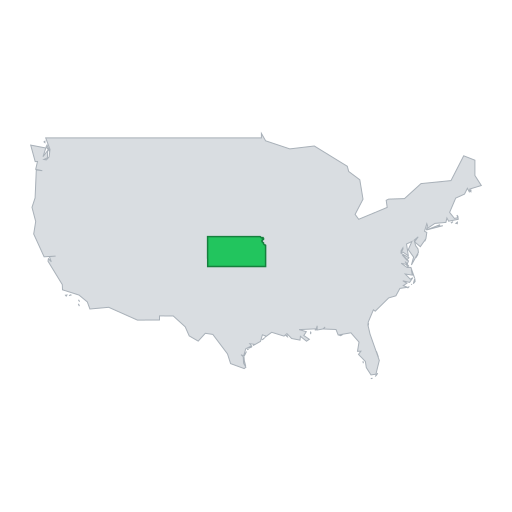 Kansas on a map of United States of America (Mercator projection)
{"feature_id": "USA-3530", "entity_name": "Kansas", "entity_type": "State", "adm_level": 1, "iso_a3": "USA", "parent_name": "United States of America", "parent_adm1": "", "projection": "mercator", "projection_center": [-97.125, 38.5], "detail": "fine", "context": "in_parent", "style": "filled", "palette": "green", "viewbox_px": 512, "rotation_deg": 0, "n_neighbors": 0, "source": "natural_earth", "source_scale": "10m", "svg_char_len": 5748}
<svg xmlns="http://www.w3.org/2000/svg" viewBox="0 0 512 512"><path d="M421.0,183.6L451.0,180.6L463.7,155.8L474.9,160.2L474.9,175.5L481.3,185.5L469.9,189.0L469.2,191.7L467.4,188.3L464.5,194.1L455.7,198.1L449.6,212.4L454.4,218.4L457.8,217.7L456.9,215.1L457.9,216.3L458.2,219.3L448.6,221.2L446.9,218.0L445.9,222.4L434.9,223.4L426.6,228.9L427.5,225.7L426.8,223.7L424.5,231.2L426.8,232.5L425.9,238.7L420.3,246.7L414.6,241.8L418.2,236.8L414.1,240.2L415.7,245.8L418.0,248.9L418.4,252.4L411.4,265.0L413.6,257.1L408.3,249.6L411.9,241.5L406.5,244.0L408.3,255.8L403.1,252.2L401.3,252.6L403.0,248.9L402.9,247.8L401.1,250.7L401.0,253.2L408.9,257.7L407.1,259.8L403.6,255.7L402.3,255.0L406.6,259.9L408.5,260.9L407.4,263.8L405.0,261.6L408.7,266.0L407.8,266.6L406.0,264.3L401.2,263.3L407.1,267.5L410.9,267.4L414.6,278.0L411.3,269.8L412.3,275.1L405.2,274.0L410.3,279.2L412.8,277.7L409.6,282.4L402.8,280.8L406.9,283.2L403.3,285.6L407.5,287.3L399.9,288.4L395.9,295.8L388.7,297.9L375.2,311.2L373.4,309.8L368.3,321.9L367.9,324.9L370.0,334.0L379.3,360.4L375.9,374.2L371.0,374.9L366.3,367.6L365.4,361.5L358.5,354.4L360.9,351.2L357.5,351.3L359.0,342.1L350.9,332.8L338.2,335.0L336.0,329.5L323.5,329.0L325.1,327.0L322.9,329.0L317.2,330.0L317.2,325.8L316.2,328.8L299.1,329.6L306.3,331.7L303.8,335.5L309.3,339.3L306.5,341.2L300.4,336.3L300.0,340.1L291.6,338.5L286.9,333.6L284.0,336.1L271.7,332.3L264.5,337.6L266.3,336.2L262.4,334.8L260.5,341.4L253.0,345.6L254.7,344.4L249.8,343.7L251.5,345.9L245.8,348.7L243.6,355.9L241.0,354.7L243.2,356.7L243.6,363.3L245.9,367.2L244.2,368.6L230.6,363.6L227.5,353.9L212.8,334.4L205.3,333.3L198.2,341.1L189.2,335.9L185.2,326.8L173.3,316.0L159.5,315.9L159.5,320.0L137.4,320.1L108.7,307.3L89.9,309.0L87.3,301.9L79.1,295.1L62.5,289.8L62.3,284.6L48.0,261.2L48.4,258.7L51.3,261.8L49.4,256.6L55.6,256.1L44.1,256.8L33.7,234.0L35.7,221.5L32.0,207.3L35.1,197.9L36.3,170.0L42.3,170.7L35.7,169.3L37.5,161.5L35.2,161.6L30.7,145.1L45.8,148.0L43.0,156.7L47.7,150.5L47.4,157.8L43.9,159.5L46.4,159.9L49.1,156.9L50.0,149.4L45.7,137.9L261.4,137.9L261.4,133.4L265.6,140.8L289.8,148.9L314.3,146.0L347.3,166.3L348.7,171.5L359.8,179.8L363.0,199.2L355.1,214.4L358.7,219.3L387.2,207.4L386.2,200.3L388.7,199.1L404.5,198.6L421.0,183.6ZM438.2,226.5L442.9,225.7L426.3,230.0L440.0,224.7L438.2,226.5ZM47.0,145.1L49.0,149.7L48.9,150.5L46.1,146.9L47.0,145.1ZM245.7,366.1L243.9,360.3L244.0,357.0L244.3,360.5L245.7,366.1ZM471.0,189.6L470.9,191.8L470.2,191.3L471.0,189.6ZM287.0,335.3L287.4,336.7L286.0,335.6L287.0,335.3ZM69.0,295.6L70.8,294.8L71.0,295.0L69.0,295.6ZM66.9,295.0L66.2,296.1L65.5,295.2L66.9,295.0ZM453.0,221.6L451.6,222.9L451.3,222.6L453.0,221.6ZM245.1,354.0L244.0,356.6L246.5,351.5L245.1,354.0ZM376.6,351.8L378.4,357.0L376.3,351.3L376.6,351.8ZM78.8,300.2L79.6,301.7L78.7,300.3L78.8,300.2ZM376.7,374.9L375.2,376.5L377.7,373.1L376.7,374.9ZM415.1,281.5L413.3,283.7L414.8,278.4L415.1,281.5ZM44.9,141.2L44.9,142.6L44.0,141.9L44.9,141.2ZM251.6,347.0L248.9,348.2L251.7,346.6L251.6,347.0ZM457.4,222.2L457.3,223.7L455.9,223.3L457.4,222.2ZM78.7,304.3L79.4,306.1L78.5,304.5L78.7,304.3ZM248.3,349.2L247.2,349.8L248.1,348.8L248.3,349.2ZM417.7,254.9L415.8,257.9L418.0,253.7L417.7,254.9ZM263.7,338.8L261.9,339.9L264.4,338.0L263.7,338.8ZM368.6,323.3L368.3,325.5L368.1,324.0L368.6,323.3ZM408.1,287.7L407.5,288.1L409.3,286.4L408.1,287.7ZM342.7,334.5L340.6,335.7L339.8,335.4L342.7,334.5ZM316.4,329.6L316.0,330.0L314.8,329.9L316.4,329.6ZM363.1,361.7L363.4,363.2L362.8,361.4L363.1,361.7ZM310.9,332.7L310.6,334.1L310.5,331.6L310.9,332.7ZM372.0,378.5L370.8,378.6L372.4,378.2L372.0,378.5ZM425.5,239.8L424.6,241.4L425.7,239.2L425.5,239.8ZM412.0,284.1L411.2,284.7L412.0,284.1Z" fill="#d9dde1" stroke="#a8b0b8" stroke-width="1"/><path d="M207.7,266.5L207.7,265.6L207.7,264.7L207.7,263.8L207.7,262.8L207.7,261.9L207.7,261.0L207.7,260.1L207.7,259.1L207.6,258.2L207.6,257.3L207.6,256.4L207.6,255.4L207.6,254.5L207.6,253.6L207.6,252.6L207.6,251.7L207.6,250.8L207.6,249.8L207.6,248.9L207.6,248.0L207.6,247.0L207.6,246.1L207.6,245.1L207.6,244.2L207.6,243.2L207.6,242.3L207.6,241.3L207.6,240.4L207.6,239.4L207.6,238.5L207.6,237.5L207.6,236.6L209.4,236.6L211.1,236.6L212.7,236.6L214.3,236.6L216.0,236.6L217.6,236.6L219.2,236.6L220.9,236.6L222.5,236.6L224.2,236.6L225.8,236.6L227.4,236.6L229.1,236.6L230.7,236.6L232.3,236.6L234.0,236.6L235.6,236.6L237.2,236.6L238.9,236.6L240.5,236.6L242.2,236.6L243.8,236.6L245.4,236.6L247.1,236.6L248.7,236.6L250.3,236.6L252.0,236.6L253.6,236.6L255.2,236.6L256.9,236.6L258.5,236.6L260.1,236.6L260.6,237.0L260.8,237.2L261.0,237.3L261.1,237.5L261.4,237.6L261.5,237.6L261.7,237.9L261.9,238.0L262.1,238.0L262.3,237.8L262.5,237.6L262.9,237.5L263.0,237.6L263.1,237.8L263.0,238.0L263.5,238.3L263.5,238.5L263.5,238.8L263.6,239.0L263.5,239.3L263.3,239.3L262.9,239.2L262.8,239.3L262.8,239.7L262.7,239.7L262.7,239.8L262.3,240.1L262.2,240.3L262.2,240.6L262.2,240.8L261.8,240.9L261.8,241.1L261.9,241.4L262.0,241.5L262.3,242.0L262.5,242.2L263.0,242.5L263.4,242.8L263.3,243.0L263.4,243.4L263.6,243.8L263.8,244.0L263.9,244.3L264.0,244.5L264.3,244.7L264.6,244.9L264.8,245.0L265.0,245.0L265.3,245.0L265.5,245.1L265.6,245.4L265.6,245.5L265.6,246.3L265.6,247.5L265.6,248.8L265.6,250.1L265.6,251.4L265.6,252.7L265.6,253.9L265.6,255.2L265.6,256.5L265.6,257.7L265.6,259.0L265.6,260.2L265.6,261.5L265.6,262.8L265.6,264.0L265.6,265.3L265.6,266.5L263.8,266.5L262.0,266.5L260.2,266.5L258.4,266.5L256.6,266.5L254.8,266.5L253.0,266.5L251.2,266.5L249.4,266.5L247.6,266.5L245.8,266.5L244.0,266.5L242.2,266.5L240.4,266.5L238.5,266.5L236.7,266.5L234.9,266.5L233.1,266.5L231.3,266.5L229.5,266.5L227.7,266.5L225.9,266.5L224.1,266.5L222.3,266.5L220.5,266.5L218.7,266.5L216.9,266.5L215.1,266.5L213.3,266.5L211.5,266.5L209.7,266.5L207.7,266.5Z" fill="#22c55e" stroke="#15803d" stroke-width="1.5"/></svg>